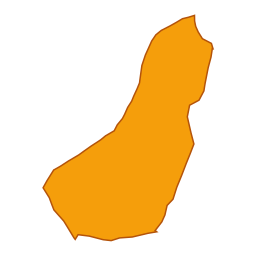 Kangarli District, Babək, Azerbaijan (Equal Earth projection)
{"feature_id": "54616110B75082210580506", "entity_name": "Kangarli District", "entity_type": "district", "adm_level": 2, "iso_a3": "AZE", "parent_name": "Azerbaijan", "parent_adm1": "Babək", "projection": "equal_earth", "projection_center": [45.21, 39.448], "detail": "fine", "context": "isolated", "style": "filled", "palette": "amber", "viewbox_px": 256, "rotation_deg": 0, "n_neighbors": 0, "source": "geoboundaries", "source_scale": "gbopen_adm2", "svg_char_len": 974}
<svg xmlns="http://www.w3.org/2000/svg" viewBox="0 0 256 256"><path d="M212.9,48.4L211.4,43.4L202.4,38.7L198.2,32.0L195.7,26.4L194.6,21.0L194.5,15.4L194.2,15.5L188.3,17.3L182.5,18.7L175.8,22.7L169.9,26.0L161.3,30.4L155.9,34.8L151.7,41.0L148.3,48.6L145.4,55.0L141.9,65.5L140.8,73.4L139.5,83.0L137.2,88.6L133.7,96.2L131.7,101.1L127.7,107.4L124.6,114.4L122.4,118.6L117.3,124.8L114.2,130.8L105.6,135.8L100.6,139.9L90.8,146.3L84.7,150.6L78.8,154.9L68.6,160.9L60.3,166.3L53.7,170.0L47.0,180.7L43.3,187.4L43.1,187.8L49.3,197.7L51.5,203.7L53.9,209.9L63.8,221.1L68.4,228.6L73.9,237.7L75.2,239.4L78.1,234.7L89.3,236.1L103.2,239.7L111.2,240.6L119.7,237.9L132.3,237.0L147.9,233.3L156.7,231.8L155.1,230.6L161.8,221.9L164.9,215.0L167.1,205.4L173.0,199.2L176.8,187.2L181.6,175.5L186.2,163.5L190.2,153.6L193.9,144.0L191.0,132.9L187.3,116.8L189.6,105.2L199.0,100.2L203.9,90.9L205.0,83.9L208.2,67.6L211.0,57.1L212.4,48.1L212.9,48.4Z" fill="#f59e0b" stroke="#b45309" stroke-width="1.5"/></svg>